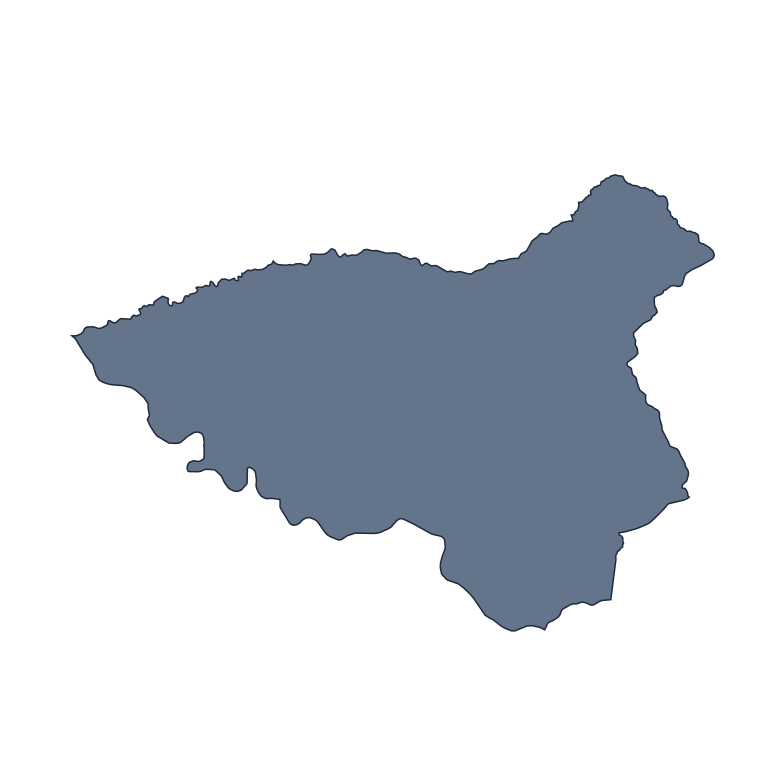 Marsella, Risaralda, Colombia (Albers equal-area conic projection), rotated 276°
{"feature_id": "7082276B48757885087630", "entity_name": "Marsella", "entity_type": "district", "adm_level": 2, "iso_a3": "COL", "parent_name": "Colombia", "parent_adm1": "Risaralda", "projection": "albers", "projection_center": [-75.739, 4.958], "detail": "fine", "context": "isolated", "style": "filled", "palette": "slate", "viewbox_px": 768, "rotation_deg": 276, "n_neighbors": 0, "source": "geoboundaries", "source_scale": "gbopen_adm2", "svg_char_len": 6158}
<svg xmlns="http://www.w3.org/2000/svg" viewBox="0 0 768 768"><g transform="rotate(276 384 384)"><path d="M161.3,516.6L155.3,526.2L153.5,530.6L151.8,536.8L152.2,540.2L158.1,551.1L159.1,556.1L158.5,562.6L157.8,566.0L156.3,569.4L159.5,570.8L162.1,571.3L164.0,572.5L166.6,577.1L170.5,581.8L172.9,583.1L177.0,584.1L178.7,585.1L184.0,592.5L185.0,594.8L185.6,599.1L187.3,602.2L187.8,604.1L187.6,607.3L185.8,612.5L186.0,615.2L190.4,621.1L191.6,623.9L193.2,632.1L233.6,633.0L237.8,632.4L239.8,633.4L241.7,633.6L243.3,635.6L245.0,636.3L246.9,638.3L249.3,638.2L250.5,638.9L252.2,638.0L256.1,637.5L257.5,636.2L258.5,634.0L260.5,633.2L262.1,639.0L266.8,650.8L272.2,660.6L274.1,663.0L278.1,666.7L289.1,675.5L294.0,678.8L294.8,679.9L300.0,694.6L301.6,697.4L303.4,699.4L304.6,697.9L307.1,697.4L310.4,695.6L311.6,694.1L311.5,692.2L311.9,691.2L315.4,691.6L319.0,695.1L325.2,696.2L327.9,696.0L330.2,695.1L333.6,692.4L336.8,691.4L344.8,685.8L347.4,684.6L349.9,682.4L352.2,674.6L355.4,673.2L367.6,665.3L371.8,664.6L378.5,661.7L384.4,660.9L386.7,658.9L387.8,655.7L389.6,653.0L390.8,649.0L392.4,647.0L395.0,645.9L400.4,645.4L404.7,639.0L410.6,636.1L416.7,634.0L419.4,630.2L425.4,628.3L427.5,624.3L429.1,623.4L431.4,624.2L437.5,630.9L440.9,633.2L445.7,632.3L449.5,629.7L453.7,629.7L457.7,627.3L460.7,626.8L471.5,635.7L475.7,642.5L479.4,644.0L480.9,645.9L483.7,648.1L485.6,647.8L490.4,644.9L495.7,643.9L498.7,644.0L500.6,646.7L501.8,649.7L504.0,652.0L506.4,652.4L506.9,654.3L511.5,659.1L512.2,662.1L511.8,665.8L512.0,667.8L512.7,669.0L514.2,670.2L523.5,671.9L525.9,673.5L529.8,678.2L535.2,687.1L542.7,697.4L544.5,698.6L546.9,699.0L550.6,697.2L553.6,693.5L556.8,686.9L556.9,684.9L557.7,683.1L558.9,682.2L564.5,681.2L565.8,679.8L567.0,677.4L567.2,674.7L568.1,672.8L567.4,669.5L569.8,665.9L570.5,662.1L572.0,661.4L573.8,659.2L577.3,658.4L578.8,656.7L579.0,655.9L578.5,654.6L580.3,653.5L581.5,651.5L584.8,650.8L585.8,649.2L588.2,647.4L592.4,647.5L597.3,646.0L599.5,644.3L600.2,642.1L599.4,638.0L601.0,634.6L602.7,632.9L603.1,631.7L604.6,630.7L604.2,628.1L605.4,626.6L605.6,625.0L606.7,623.1L605.7,619.6L607.6,614.5L607.5,610.2L608.5,608.6L608.8,606.3L610.1,603.8L612.1,601.7L614.6,600.4L615.6,599.3L615.6,595.0L616.2,592.1L614.4,587.7L612.4,586.1L611.9,583.7L609.5,581.7L607.8,578.9L604.3,578.3L603.5,575.5L602.3,574.7L602.0,572.9L599.9,571.3L598.8,569.8L596.8,569.2L594.2,570.1L593.6,569.8L593.1,567.7L591.8,567.2L590.7,565.6L585.8,562.0L585.0,558.5L581.6,559.1L577.3,558.6L575.2,556.3L571.9,555.0L571.8,552.5L566.7,554.8L565.8,554.6L565.4,551.1L562.9,543.8L560.3,541.3L556.6,535.8L552.5,533.5L550.4,530.9L549.8,528.7L550.4,525.4L549.4,523.3L546.6,521.4L542.0,516.5L531.2,511.8L527.8,506.8L522.9,504.4L522.7,501.3L521.5,495.9L519.0,489.7L518.8,485.5L517.5,483.1L515.3,480.8L514.5,475.7L510.0,471.8L508.5,469.9L505.6,462.6L502.6,459.4L502.4,456.4L503.8,447.8L502.4,442.8L503.3,438.9L502.2,435.0L507.0,424.3L507.2,422.8L506.4,418.7L508.6,413.8L508.0,412.0L505.9,410.0L505.8,409.4L506.7,407.9L510.8,405.7L512.2,403.2L512.5,401.7L510.9,396.7L512.2,393.0L512.8,389.0L514.5,386.5L515.4,382.9L515.4,380.0L514.3,372.6L515.9,363.2L516.0,361.9L515.2,359.2L516.1,353.0L515.4,350.1L512.9,348.1L509.3,343.3L508.8,338.2L507.4,334.1L509.5,331.6L507.9,329.3L506.0,328.2L505.6,327.0L506.8,324.9L512.0,321.2L512.9,319.1L512.8,317.3L509.0,314.2L506.9,311.2L506.1,306.0L505.7,298.4L504.8,297.5L503.9,297.5L501.3,298.5L499.9,298.3L495.4,296.3L494.2,294.7L494.0,293.0L495.0,288.6L494.2,283.6L492.6,280.7L493.0,278.2L491.9,274.3L491.6,266.7L492.7,263.2L494.7,261.1L491.5,259.7L489.9,256.1L488.1,255.2L485.2,251.2L484.3,245.8L484.7,243.9L482.6,239.0L483.1,237.7L482.8,236.3L479.6,233.1L479.1,231.2L475.6,231.3L475.8,227.8L474.5,227.7L472.0,228.4L471.3,228.1L471.6,225.5L472.1,224.8L473.0,224.6L473.5,223.8L470.8,219.2L471.8,215.0L471.2,211.6L467.4,208.6L464.1,208.3L463.4,207.2L464.1,205.5L467.3,203.0L468.0,201.1L466.9,200.6L463.8,200.4L463.0,199.7L463.4,196.4L461.1,193.0L460.9,188.5L460.4,187.2L459.7,187.1L458.8,188.4L457.9,188.8L455.5,187.9L454.6,186.4L452.8,181.4L450.3,180.2L451.3,178.6L450.6,177.2L449.3,176.4L444.9,175.5L443.3,173.4L442.5,170.6L443.6,167.4L443.5,165.9L443.0,165.4L439.9,165.2L439.3,164.3L439.9,162.5L441.4,161.0L444.1,160.5L445.9,160.8L446.7,160.2L448.1,154.5L442.4,147.5L440.8,146.7L438.3,146.4L438.3,141.9L436.3,140.5L436.8,137.4L436.4,136.6L433.6,134.8L433.3,132.8L432.4,132.5L429.3,134.5L427.7,134.5L425.8,130.8L426.2,127.6L423.6,125.7L421.9,125.2L421.6,115.9L420.9,114.5L417.3,111.2L416.8,110.2L416.8,107.7L418.3,104.8L418.2,103.6L417.2,103.0L413.9,102.7L410.0,96.9L409.4,94.3L410.5,89.1L409.7,82.7L408.0,80.5L404.7,79.5L402.1,77.3L399.8,73.0L399.3,68.6L396.8,72.3L381.6,83.8L372.9,92.5L362.8,96.7L358.0,100.5L356.3,104.4L355.3,109.0L354.8,113.2L355.1,123.8L354.1,132.5L352.7,136.2L350.9,139.1L345.2,146.9L339.8,151.4L333.8,152.3L328.4,154.1L324.0,152.3L318.2,155.6L311.9,160.5L308.5,163.8L302.8,176.2L303.1,182.6L303.9,186.5L304.8,188.0L311.5,194.3L315.8,200.0L316.8,203.3L316.1,207.0L315.0,208.6L312.0,210.2L307.1,211.3L303.8,211.2L301.2,211.9L292.0,212.7L290.3,212.1L288.0,208.9L287.6,207.6L287.8,202.8L286.1,199.2L284.8,197.9L282.1,197.0L279.1,197.0L276.8,198.3L276.5,199.1L277.3,208.2L278.1,211.0L280.2,214.7L280.6,216.4L281.0,224.0L280.6,225.2L275.4,232.0L269.2,235.7L264.6,239.9L263.6,241.3L262.0,245.5L261.8,249.3L263.6,253.2L270.7,258.2L286.0,257.0L287.0,258.1L286.9,259.6L285.7,262.5L284.0,264.6L282.6,265.4L275.2,267.2L269.4,267.4L267.0,268.2L262.8,270.6L259.3,274.0L257.7,278.4L258.5,284.5L258.4,292.3L256.9,292.9L251.2,293.4L249.8,294.0L235.7,304.7L234.7,306.0L234.0,308.5L234.7,311.4L236.4,314.2L240.3,317.3L241.8,319.2L242.7,320.7L243.4,324.6L241.9,329.3L240.4,332.0L229.9,341.2L227.9,343.7L226.3,347.3L224.1,355.0L224.9,358.0L229.5,363.7L232.7,371.0L234.3,389.2L235.0,393.1L236.2,396.0L240.6,403.6L242.8,406.3L249.3,410.8L251.1,412.9L252.0,415.4L251.6,417.7L247.5,428.9L239.7,447.2L238.5,456.7L236.7,459.7L234.9,460.6L228.3,462.0L226.1,461.9L218.3,459.9L212.0,458.9L207.2,459.2L201.0,461.2L196.4,466.3L195.6,467.7L193.0,478.8L189.8,484.1L184.3,491.3L180.3,495.5L164.7,508.7L162.1,513.8L161.3,516.6Z" fill="#64748b" stroke="#1e293b" stroke-width="1.5"/></g></svg>